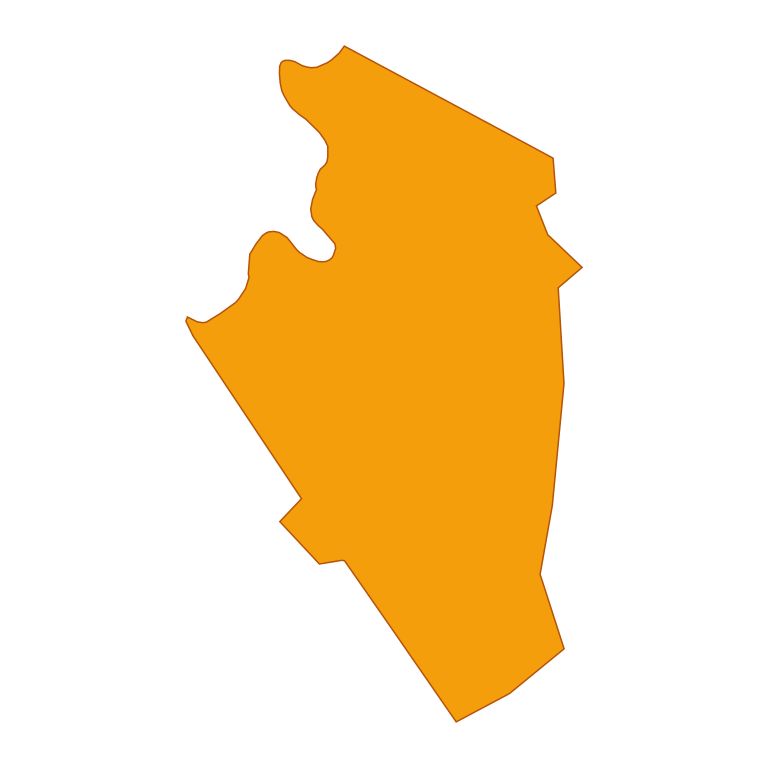 outline of Jackson, West Virginia, United States of America
{"feature_id": "52423323B94363624376264", "entity_name": "Jackson", "entity_type": "district", "adm_level": 2, "iso_a3": "USA", "parent_name": "United States of America", "parent_adm1": "West Virginia", "projection": "orthographic", "projection_center": [-81.764, 38.825], "detail": "fine", "context": "isolated", "style": "filled", "palette": "amber", "viewbox_px": 768, "rotation_deg": 0, "n_neighbors": 0, "source": "geoboundaries", "source_scale": "gbopen_adm2", "svg_char_len": 1242}
<svg xmlns="http://www.w3.org/2000/svg" viewBox="0 0 768 768"><path d="M319.4,564.0L341.8,560.3L344.6,560.8L394.1,632.0L456.2,721.9L509.5,693.5L564.1,648.8L540.1,574.3L552.3,505.6L564.0,383.7L558.2,287.8L582.1,267.4L547.7,234.7L536.4,205.9L555.8,193.0L553.1,158.2L505.2,132.4L344.3,46.1L339.3,53.0L331.2,60.2L327.2,62.8L316.8,67.3L311.1,67.7L307.1,67.1L302.1,65.6L294.9,61.7L290.2,60.4L285.5,60.3L282.8,61.2L281.1,62.7L279.7,66.2L279.4,73.4L280.2,82.9L281.8,90.8L284.4,96.3L289.9,105.7L292.8,109.0L299.6,114.8L306.2,119.5L319.4,132.5L324.9,140.3L327.8,146.2L327.8,157.0L326.9,162.0L324.9,165.1L320.3,169.2L318.3,173.1L316.8,177.6L315.7,183.8L315.9,187.7L316.6,189.3L312.6,199.3L310.7,209.1L311.0,210.7L311.8,216.5L313.6,220.4L318.4,225.7L322.5,229.3L334.9,243.8L335.7,248.3L333.4,255.3L331.9,257.9L329.3,260.0L325.9,261.5L322.4,261.8L318.2,261.5L311.3,259.2L307.0,257.5L299.5,252.4L296.6,249.6L287.1,237.6L279.2,232.5L273.9,231.4L268.7,231.9L266.5,232.8L262.4,235.6L256.1,243.8L249.8,254.2L248.3,273.7L249.0,277.5L245.7,288.4L238.6,299.2L235.7,302.4L220.2,313.6L206.2,322.2L202.7,322.7L197.2,321.8L187.4,317.0L185.9,321.2L193.0,335.9L262.7,440.5L301.5,498.7L279.8,521.6L319.4,564.0Z" fill="#f59e0b" stroke="#b45309" stroke-width="1.5"/></svg>